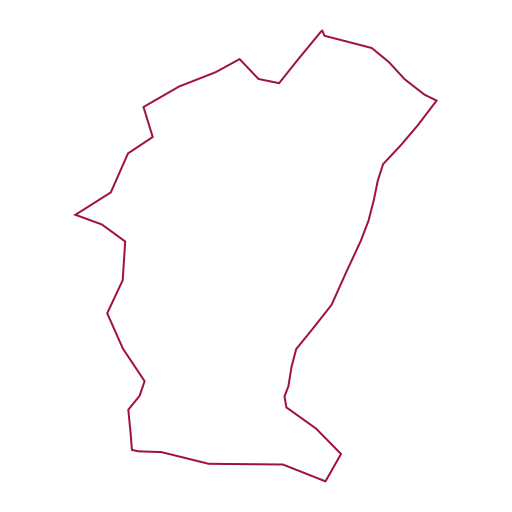 the District of Culfa
{"feature_id": "AZE-2421", "entity_name": "Culfa", "entity_type": "District", "adm_level": 1, "iso_a3": "AZE", "parent_name": "Azerbaijan", "parent_adm1": "", "projection": "mercator", "projection_center": [45.691, 39.149], "detail": "fine", "context": "isolated", "style": "outline", "palette": "rose", "viewbox_px": 512, "rotation_deg": 0, "n_neighbors": 0, "source": "natural_earth", "source_scale": "10m", "svg_char_len": 783}
<svg xmlns="http://www.w3.org/2000/svg" viewBox="0 0 512 512"><path d="M322.3,30.7L324.5,35.8L371.7,48.0L388.8,62.0L404.6,79.2L424.5,94.7L436.6,100.6L417.3,125.9L400.5,145.6L383.1,164.1L377.7,181.0L373.9,199.8L368.5,220.7L360.8,240.9L346.0,272.7L331.6,304.8L314.1,327.0L296.2,349.1L291.5,366.9L288.4,386.3L284.5,396.4L286.4,407.4L316.2,428.7L341.0,454.0L325.7,481.0L325.4,481.2L325.3,481.3L282.8,464.5L208.6,463.8L161.3,452.1L138.2,451.3L131.9,449.9L131.9,449.7L130.6,433.2L128.3,409.7L139.6,395.8L144.6,381.2L122.9,348.6L107.2,313.3L122.7,280.2L125.2,241.5L101.9,224.5L75.4,214.8L110.8,192.4L128.0,153.4L152.7,137.0L143.5,107.0L179.1,86.5L215.6,72.2L239.6,59.1L258.5,79.0L279.1,83.2L296.6,61.2L320.9,31.7L322.0,30.9L322.3,30.7Z" fill="none" stroke="#9f1239" stroke-width="2"/></svg>